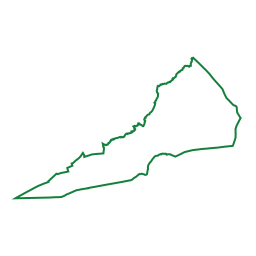 Xonacatlán, México, Mexico (Albers equal-area conic projection)
{"feature_id": "50627088B38909261523609", "entity_name": "Xonacatlán", "entity_type": "district", "adm_level": 2, "iso_a3": "MEX", "parent_name": "Mexico", "parent_adm1": "México", "projection": "albers", "projection_center": [-99.477, 19.442], "detail": "fine", "context": "isolated", "style": "outline", "palette": "green", "viewbox_px": 256, "rotation_deg": 0, "n_neighbors": 0, "source": "geoboundaries", "source_scale": "gbopen_adm2", "svg_char_len": 5685}
<svg xmlns="http://www.w3.org/2000/svg" viewBox="0 0 256 256"><path d="M193.1,57.7L192.3,58.1L191.9,58.1L191.8,58.3L192.0,58.9L191.7,59.0L192.0,59.4L192.0,59.6L192.2,59.9L191.7,61.0L191.8,61.6L191.3,62.0L191.3,62.3L190.7,63.9L190.9,65.7L190.2,65.8L189.6,66.5L189.2,66.1L188.8,66.4L188.6,66.1L187.9,66.1L187.5,66.0L187.3,65.8L186.4,66.0L185.1,65.8L184.2,66.5L184.1,67.0L183.7,67.9L182.7,68.2L182.6,69.1L182.5,69.8L180.8,70.4L180.2,71.4L179.7,71.3L179.4,71.8L178.9,71.8L178.6,72.4L178.3,72.4L178.1,72.7L177.3,73.3L176.2,74.5L176.3,75.1L175.9,76.2L175.6,77.0L174.9,77.2L174.3,78.0L173.4,78.2L172.9,78.2L172.7,78.5L172.7,78.8L173.1,79.4L172.9,79.7L172.3,79.7L172.3,80.0L171.9,80.3L170.9,81.3L170.5,81.3L170.2,82.0L169.4,81.9L169.0,82.3L168.6,82.3L168.0,82.7L167.7,82.6L167.4,82.7L166.4,83.8L165.5,83.7L165.0,83.5L164.6,83.6L163.8,84.0L163.1,84.1L162.7,83.9L161.8,84.5L161.2,84.3L160.8,84.4L160.9,84.9L160.1,85.2L159.1,86.2L158.0,85.8L157.7,86.1L157.8,86.6L157.4,87.2L157.3,87.9L157.2,88.3L157.3,88.9L156.7,90.6L156.9,91.4L157.0,91.9L157.1,92.5L158.1,93.5L157.9,93.8L158.0,94.4L157.9,94.7L158.0,95.4L157.9,96.4L157.6,97.2L157.4,97.8L156.7,98.6L156.5,99.2L156.1,100.2L156.1,100.4L155.7,100.7L155.4,101.3L155.2,101.4L155.2,101.7L155.0,102.3L155.1,102.6L154.5,102.9L154.9,103.4L155.2,103.6L155.0,104.6L153.9,107.4L153.2,109.0L152.3,110.7L151.3,112.0L150.4,112.4L149.6,113.5L149.5,114.2L149.4,114.3L149.0,114.3L147.7,114.8L146.5,116.0L146.2,116.7L145.4,117.2L145.5,117.8L144.9,117.9L144.3,119.2L144.6,119.4L144.5,120.3L144.7,120.6L145.2,120.9L145.2,121.3L144.6,122.2L144.6,123.2L144.2,124.5L143.6,125.5L143.4,126.1L142.9,126.0L142.6,126.1L141.4,124.9L140.3,124.6L139.5,124.5L139.6,123.7L139.1,123.3L138.2,123.4L138.1,124.4L137.7,124.9L137.7,125.5L136.7,125.9L136.2,125.9L135.8,126.4L134.9,126.3L134.6,125.9L133.4,126.4L134.1,127.5L134.4,128.9L134.9,128.7L135.3,129.3L135.1,129.7L134.4,129.9L134.4,130.6L133.6,131.2L133.2,131.2L133.0,131.5L132.7,131.5L132.3,131.7L132.0,131.3L131.5,131.4L131.7,132.1L131.3,132.1L131.2,132.8L130.6,133.0L130.2,133.2L129.7,133.3L129.4,133.1L128.6,133.4L127.9,133.6L127.9,133.8L127.7,134.1L127.4,134.1L127.2,133.8L127.0,133.5L125.9,133.9L125.7,134.2L124.8,135.4L124.4,136.4L123.7,137.1L123.3,136.8L122.2,137.3L121.8,137.1L121.4,136.9L120.9,137.4L120.6,137.4L120.0,136.9L117.7,137.9L115.9,138.1L115.2,138.5L114.8,138.6L114.4,139.1L113.7,139.4L113.4,138.9L112.8,139.2L113.0,139.5L112.6,139.8L111.5,140.0L111.2,139.8L110.8,140.2L110.6,140.4L110.7,140.7L110.8,140.9L110.7,141.2L110.5,141.3L110.3,141.4L109.9,142.0L109.7,142.4L109.5,142.7L109.3,142.6L108.9,142.7L108.7,142.9L108.5,143.0L108.4,143.1L108.3,143.3L108.2,143.6L108.2,143.9L107.9,144.4L107.5,144.5L107.3,144.7L106.6,144.7L106.4,144.8L106.3,145.1L106.0,145.2L105.5,144.9L105.2,144.8L105.1,144.7L104.9,144.7L104.6,144.8L102.8,143.7L103.0,144.6L103.1,145.3L103.3,146.8L103.3,147.0L103.9,147.3L103.9,149.2L103.4,153.4L100.2,153.7L98.6,153.8L97.0,153.9L93.9,154.2L91.1,154.6L90.3,155.0L86.8,156.1L84.3,156.9L84.2,156.0L84.3,155.5L84.0,154.8L83.6,154.5L83.3,153.5L82.9,152.9L80.4,156.6L78.9,158.1L77.0,159.6L75.5,160.7L73.3,162.9L71.7,163.5L72.4,165.7L69.9,166.8L67.3,167.9L67.8,170.0L68.3,171.5L65.1,172.2L63.6,172.5L60.9,173.0L59.4,173.6L57.3,174.2L57.0,174.1L56.6,173.7L56.4,173.7L56.0,174.1L53.9,176.1L50.8,179.0L48.2,181.4L48.4,182.0L45.3,183.1L43.4,183.8L40.7,184.9L37.8,186.1L35.6,187.3L34.2,188.0L31.5,189.5L30.2,190.2L27.5,191.6L25.1,192.9L21.5,194.9L17.8,196.9L15.4,198.3L51.3,197.5L51.8,197.3L53.6,197.3L55.7,197.2L57.8,197.2L59.7,197.1L61.5,197.0L65.4,195.3L66.0,194.8L66.0,194.7L67.1,194.3L67.8,194.0L69.2,193.4L69.4,193.3L70.1,193.0L70.8,192.7L72.0,192.2L73.3,191.6L74.2,191.2L75.5,190.7L76.2,190.3L76.4,190.2L77.3,190.1L78.3,189.9L79.5,189.7L80.1,189.5L81.2,189.3L81.6,189.3L81.9,189.2L85.0,188.7L86.4,188.5L88.0,188.3L87.9,188.1L89.2,187.8L94.9,186.8L107.4,184.5L120.4,182.2L120.9,182.1L123.6,181.6L129.7,180.4L130.4,180.3L130.9,180.2L131.5,180.0L131.9,179.8L132.4,179.4L133.5,178.4L134.0,177.9L134.6,177.6L135.1,177.4L136.0,176.8L137.0,176.0L137.4,175.6L137.9,175.3L138.3,174.8L138.5,174.6L139.3,174.1L139.5,174.0L139.8,174.2L140.2,174.2L140.8,174.0L141.3,173.8L141.8,173.7L142.0,173.8L142.7,174.0L143.7,174.3L144.2,174.4L144.6,174.7L145.0,174.8L145.5,174.9L146.0,174.8L146.5,174.6L146.9,174.2L147.1,173.6L147.2,172.8L147.4,171.8L147.7,170.0L148.0,168.9L148.0,168.0L147.9,167.2L148.0,166.3L148.2,165.5L148.5,164.8L149.2,163.6L149.9,162.6L150.7,161.8L151.3,161.0L152.1,159.8L153.0,158.5L153.7,157.8L154.2,157.0L154.9,156.4L155.3,156.1L155.7,155.9L156.5,155.8L157.8,155.7L158.1,155.4L158.4,155.2L158.7,155.0L158.8,154.9L159.0,154.7L159.4,154.5L159.8,154.5L160.1,154.4L160.6,154.2L160.9,154.0L161.2,154.1L161.3,154.2L161.5,154.3L161.7,154.1L162.1,153.7L163.0,153.6L164.1,153.9L164.4,153.9L164.7,153.7L166.1,153.8L166.4,154.6L166.5,154.7L166.9,154.7L167.5,154.4L168.2,154.2L169.6,154.3L170.8,154.5L171.2,155.0L172.7,155.5L174.5,156.2L175.3,156.6L176.6,156.0L179.4,154.7L182.2,153.3L185.0,151.9L185.8,151.8L188.6,151.1L192.3,150.2L195.2,149.8L198.1,149.5L201.0,149.1L204.0,148.8L206.9,148.6L209.8,148.3L214.1,147.9L217.0,147.7L220.0,147.3L224.5,146.7L228.4,146.3L232.7,145.9L233.0,145.4L234.5,141.0L235.5,138.0L235.7,133.7L235.5,132.3L235.6,131.3L235.5,129.1L236.6,125.8L236.6,125.7L238.9,121.2L240.6,118.0L239.6,116.5L237.3,112.7L236.9,110.7L236.8,108.0L236.6,107.0L235.7,105.9L235.1,105.7L234.8,105.7L233.3,105.0L231.3,103.0L229.4,100.9L226.4,97.9L224.3,93.6L222.4,89.0L220.5,86.8L218.8,84.9L215.8,81.6L212.8,78.2L211.1,76.0L209.3,73.7L207.2,71.5L205.9,70.1L205.4,69.6L203.7,68.0L201.7,66.0L199.7,64.0L198.3,62.6L196.5,60.9L194.8,59.3L193.1,57.7Z" fill="none" stroke="#15803d" stroke-width="2"/></svg>